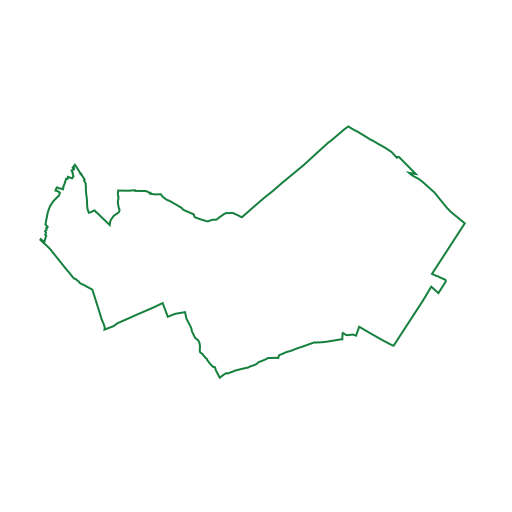 outline of Mischii, Dolj, Romania, rotated 262°
{"feature_id": "2599482B32935756416013", "entity_name": "Mischii", "entity_type": "district", "adm_level": 2, "iso_a3": "ROU", "parent_name": "Romania", "parent_adm1": "Dolj", "projection": "robinson", "projection_center": [23.877, 44.421], "detail": "fine", "context": "isolated", "style": "outline", "palette": "green", "viewbox_px": 512, "rotation_deg": 262, "n_neighbors": 0, "source": "geoboundaries", "source_scale": "gbopen_adm2", "svg_char_len": 5870}
<svg xmlns="http://www.w3.org/2000/svg" viewBox="0 0 512 512"><g transform="rotate(262 256 256)"><path d="M319.9,284.6L317.5,280.8L312.7,272.6L305.2,260.9L296.3,247.4L299.4,242.9L301.8,239.1L302.1,237.7L302.2,237.1L302.1,236.5L302.1,235.9L302.3,235.1L302.3,234.4L302.5,233.7L302.6,232.7L302.6,232.0L301.8,229.7L300.6,227.6L299.6,225.5L299.0,224.4L297.9,222.7L297.5,221.6L297.5,220.5L297.8,219.8L297.9,219.3L297.9,218.2L297.6,215.7L297.1,213.8L297.0,213.2L297.2,212.3L299.9,206.4L302.7,201.1L303.4,200.7L304.4,200.3L305.7,200.3L306.1,199.8L311.7,190.7L312.6,189.8L313.4,189.5L314.1,188.9L318.6,183.3L322.0,178.9L322.9,177.6L323.3,176.9L323.6,176.1L325.2,174.2L327.8,171.8L329.4,170.8L330.2,170.5L330.4,170.3L330.4,170.0L331.1,164.4L332.4,159.9L333.2,160.2L333.2,159.3L333.9,158.7L334.2,158.3L334.9,157.4L335.2,156.9L335.4,156.3L335.8,155.2L337.3,145.3L338.0,145.1L338.4,138.7L340.0,128.6L338.0,128.1L336.7,127.8L336.0,127.7L334.6,127.9L334.0,128.1L333.7,127.9L331.9,127.7L331.5,127.7L331.1,127.4L329.8,126.9L327.3,126.6L326.4,126.6L323.8,126.8L322.5,126.8L322.0,127.0L321.8,127.1L320.9,127.2L320.2,127.2L319.1,126.7L318.7,126.5L318.2,125.9L317.4,124.4L316.5,122.4L315.8,121.1L315.3,120.5L314.8,119.9L313.9,119.1L313.6,118.8L311.8,117.2L311.2,116.8L309.8,116.2L309.3,116.2L308.5,115.9L307.9,115.6L307.7,115.5L307.3,115.6L307.0,115.5L321.1,104.4L321.3,104.3L321.4,104.0L321.6,103.8L322.7,103.1L323.5,102.6L323.6,102.4L323.7,102.2L323.6,101.9L323.2,100.7L322.7,99.5L322.2,97.8L322.0,96.5L322.6,96.3L323.1,96.2L324.4,96.0L326.3,95.7L327.2,95.7L327.9,95.8L329.8,95.8L332.2,96.1L334.9,96.4L335.9,96.4L338.2,96.5L341.7,96.5L346.2,96.8L346.8,96.9L347.6,97.3L347.8,97.3L348.1,97.3L349.0,97.1L349.4,97.1L350.1,97.2L350.8,97.4L351.5,97.4L352.9,97.0L354.8,96.2L355.6,96.9L361.5,94.2L361.4,93.8L361.9,93.6L362.2,93.9L362.5,93.4L364.0,92.9L366.9,91.6L369.4,90.5L371.5,89.3L368.3,86.1L369.2,87.7L369.2,87.8L368.9,88.0L368.3,88.1L368.1,87.8L367.1,87.7L366.5,85.7L366.4,85.3L366.3,85.2L364.5,86.0L364.1,86.1L363.8,86.1L363.7,86.1L363.7,85.9L363.4,85.9L363.2,86.0L362.3,86.0L361.8,86.2L361.1,86.2L360.5,86.1L360.0,86.2L358.5,84.6L360.6,80.8L359.6,80.5L358.7,80.3L358.5,79.6L358.5,79.1L358.6,78.9L358.8,78.7L357.4,78.0L356.1,77.3L354.0,76.4L351.8,75.0L351.1,74.8L350.9,74.9L348.9,74.1L349.6,73.1L349.8,72.6L350.0,72.1L350.1,71.0L350.4,70.3L350.8,69.8L351.7,68.8L351.7,68.7L351.3,68.1L350.0,67.2L349.0,66.6L348.7,66.5L348.5,67.1L348.0,68.3L347.0,69.5L346.5,70.1L346.1,70.5L346.0,70.4L345.9,70.5L345.1,70.3L344.1,69.7L342.7,68.8L342.5,68.1L340.6,65.7L339.5,64.2L338.1,62.6L337.5,61.9L336.8,61.5L335.1,59.9L332.8,58.3L330.4,57.0L328.0,55.8L322.7,54.0L321.2,53.4L316.5,51.9L315.0,52.9L313.9,53.8L313.5,53.5L313.7,53.3L313.0,52.7L312.9,52.4L312.8,52.2L312.6,52.2L312.4,52.1L311.7,52.3L311.3,52.3L311.0,52.1L310.9,51.9L310.3,50.8L310.1,50.7L309.9,50.6L309.7,50.6L308.9,51.2L308.5,51.3L308.2,51.3L307.7,51.1L307.3,50.9L306.5,50.2L305.2,51.1L303.4,50.1L300.8,49.0L299.2,48.3L300.0,47.6L302.7,45.3L302.0,44.7L293.9,51.3L291.2,53.3L289.8,54.1L271.2,65.1L267.4,67.4L267.2,67.7L263.2,70.1L261.5,71.0L259.2,72.6L258.6,73.3L258.2,74.1L258.0,74.7L256.6,75.6L255.9,76.3L255.3,77.0L254.4,77.3L253.7,77.9L253.0,78.8L252.5,79.5L251.2,81.6L249.7,83.5L246.9,87.4L245.3,89.3L218.5,93.8L214.9,94.3L214.2,94.5L213.6,94.6L213.3,94.8L212.1,95.0L211.2,95.4L209.7,95.7L208.7,95.8L208.3,96.0L207.7,96.1L205.9,96.2L204.8,95.9L204.2,95.7L205.3,100.6L206.3,104.9L207.1,106.5L207.8,107.9L208.6,109.1L212.5,123.0L214.7,130.6L219.8,149.0L222.4,157.0L208.1,160.2L209.8,167.0L210.0,168.2L210.3,177.9L208.7,178.0L207.2,178.2L205.7,178.2L203.8,178.4L201.6,179.1L196.5,180.9L193.8,181.8L191.8,182.0L190.6,182.0L189.2,182.4L183.5,184.3L182.3,185.3L180.6,187.0L178.2,187.8L176.2,188.0L173.8,187.9L170.2,187.1L168.9,187.1L167.8,187.7L166.7,189.2L166.0,189.5L163.8,190.8L162.0,192.0L160.7,193.2L160.1,193.1L157.6,194.4L154.9,196.0L154.0,196.7L153.4,197.3L152.3,197.9L151.9,198.8L151.8,199.6L151.1,200.0L148.5,200.3L141.3,202.9L140.5,203.3L141.1,204.1L142.1,206.0L142.9,207.4L143.5,208.8L143.8,209.4L144.2,210.3L143.9,210.7L143.7,211.1L143.7,212.0L143.8,212.8L144.3,214.6L144.3,214.8L144.5,215.5L144.8,217.2L145.3,218.9L145.5,219.8L146.2,226.8L146.3,228.0L146.7,233.1L146.9,233.6L147.2,234.1L147.4,234.6L147.6,235.6L147.9,237.7L148.7,240.7L149.1,241.9L149.3,242.1L149.7,242.5L150.2,243.2L150.6,244.2L151.1,246.5L151.7,248.8L152.6,252.1L153.3,253.6L152.3,262.1L151.9,263.9L153.4,264.4L154.1,264.8L154.8,265.8L155.4,268.6L156.2,271.0L156.7,273.3L157.1,276.8L157.6,279.0L159.0,284.6L159.6,288.6L161.0,295.2L161.6,298.1L161.9,299.6L162.2,301.1L162.3,302.5L161.9,303.1L161.9,304.4L161.6,307.0L161.3,311.5L161.3,315.2L161.6,326.9L161.7,328.8L161.5,329.4L161.4,329.8L161.5,330.0L163.7,330.2L164.8,330.5L167.1,330.9L167.7,331.3L167.3,331.7L167.0,332.0L166.9,332.3L166.2,333.2L165.6,333.8L165.2,334.2L165.0,335.5L164.8,336.0L164.8,340.7L163.2,344.1L163.9,344.4L165.1,345.0L165.6,345.2L167.0,346.0L169.7,347.4L171.0,347.9L171.6,348.3L170.6,349.6L164.3,357.5L154.9,369.7L149.4,377.4L148.4,378.9L148.0,379.8L188.0,414.6L192.5,418.3L199.3,423.7L201.2,425.3L200.7,425.7L199.6,426.7L198.3,427.7L195.1,430.5L193.9,431.5L204.5,440.5L206.2,440.1L206.4,439.8L206.7,439.3L207.2,438.2L208.1,437.1L209.4,434.8L209.9,434.2L210.2,433.9L210.5,433.4L210.9,432.3L212.3,430.1L213.8,427.8L259.3,467.3L270.6,456.9L272.1,455.6L273.3,454.5L275.1,453.3L276.6,452.1L278.0,451.2L281.3,449.2L283.3,448.0L294.0,441.6L298.1,438.1L306.1,431.4L309.8,427.7L312.5,423.9L314.3,421.7L317.0,419.2L315.0,425.6L334.1,411.4L334.3,411.0L334.3,409.8L333.9,409.5L333.7,409.2L339.3,405.3L340.4,404.4L344.4,399.9L347.6,395.9L350.3,392.2L351.5,390.8L354.7,386.7L355.4,385.3L356.2,384.5L358.1,382.3L365.0,373.8L366.9,371.1L369.1,368.2L371.4,365.6L369.7,362.0L360.2,347.0L358.0,343.0L339.5,316.0L327.7,296.8L324.7,291.9L319.9,284.6Z" fill="none" stroke="#15803d" stroke-width="2"/></g></svg>